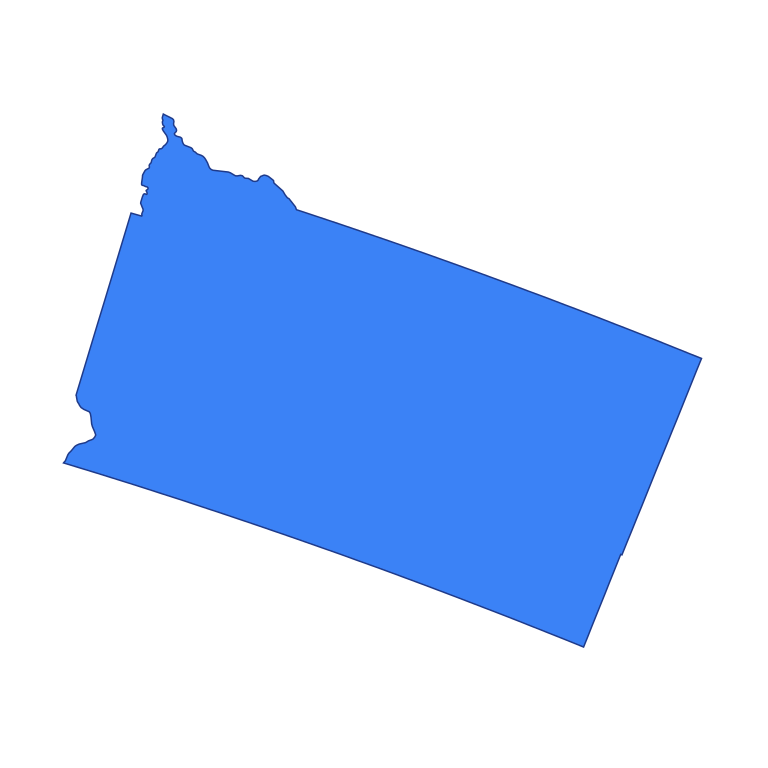 map outline of South Dakota (Albers equal-area conic projection), rotated 198°
{"feature_id": "USA-3534", "entity_name": "South Dakota", "entity_type": "State", "adm_level": 1, "iso_a3": "USA", "parent_name": "United States of America", "parent_adm1": "", "projection": "albers", "projection_center": [-98.157, 44.23], "detail": "fine", "context": "isolated", "style": "filled", "palette": "blue", "viewbox_px": 768, "rotation_deg": 198, "n_neighbors": 0, "source": "natural_earth", "source_scale": "10m", "svg_char_len": 4252}
<svg xmlns="http://www.w3.org/2000/svg" viewBox="0 0 768 768"><g transform="rotate(198 384 384)"><path d="M106.2,295.1L106.3,293.8L106.7,287.7L107.5,275.8L108.3,264.3L109.0,252.8L109.8,241.4L110.6,229.9L111.4,218.4L112.1,207.0L112.9,195.5L132.5,196.9L149.6,198.0L166.8,199.1L183.9,200.2L201.0,201.2L218.2,202.1L235.3,203.0L252.5,203.9L269.6,204.7L286.8,205.5L303.9,206.2L321.1,206.9L338.3,207.5L355.4,208.0L372.6,208.6L389.7,209.0L406.9,209.4L424.1,209.8L441.2,210.1L458.4,210.4L475.6,210.6L492.7,210.8L509.9,210.9L527.1,211.0L544.3,211.1L561.4,211.0L578.6,211.0L595.8,210.9L612.9,210.7L630.1,210.5L647.3,210.2L664.4,209.9L664.0,211.0L663.8,211.4L663.5,212.0L663.3,212.6L662.8,219.0L662.3,220.9L660.9,223.6L658.8,228.9L658.5,229.4L657.9,230.2L657.2,231.0L655.3,232.7L649.9,235.9L649.2,236.6L647.5,238.6L644.8,240.7L644.1,241.3L643.6,242.0L642.7,244.2L642.4,246.4L644.4,249.1L648.1,253.3L649.7,255.7L652.5,262.1L654.2,265.2L655.7,266.5L661.6,267.1L664.8,268.0L667.0,269.6L667.8,270.5L669.6,272.0L670.4,272.8L672.5,276.7L673.0,277.8L673.4,278.1L673.5,282.2L674.0,305.5L674.5,328.8L675.0,352.1L675.4,375.3L675.9,398.6L676.4,421.9L676.9,445.2L677.4,468.4L666.5,468.8L666.2,469.1L666.4,469.8L666.7,470.3L666.9,471.0L666.9,471.8L666.8,472.9L666.7,473.9L666.8,474.8L667.2,475.8L667.6,476.3L669.0,477.9L669.7,478.8L671.0,480.3L671.3,480.7L671.5,481.8L671.6,487.3L671.4,489.9L671.2,490.3L670.9,490.6L670.5,490.9L670.0,491.0L668.9,490.9L668.3,491.0L668.1,491.5L668.2,492.2L668.9,493.3L669.5,493.8L669.9,494.2L670.0,494.6L669.8,495.0L669.1,495.8L668.9,496.2L668.8,496.8L668.9,497.4L669.4,497.9L670.0,498.2L670.7,498.2L671.9,498.1L673.6,498.4L674.2,498.4L674.9,498.3L675.4,498.3L675.9,498.5L676.2,498.9L676.4,499.4L676.7,500.6L677.5,505.2L677.7,506.2L677.9,507.0L678.1,507.7L678.1,508.5L677.3,512.8L677.0,513.6L676.7,514.1L674.2,516.7L674.1,517.2L674.1,517.8L674.4,518.4L674.7,518.8L674.8,519.1L674.9,519.6L674.8,520.3L674.3,521.8L673.9,522.3L673.9,522.5L673.9,523.1L674.1,525.2L673.8,526.4L673.5,527.1L672.1,528.7L672.0,529.0L671.9,529.7L671.8,532.6L671.7,533.4L671.5,533.9L671.2,534.2L670.9,534.6L670.7,535.0L670.6,535.7L670.6,537.1L670.5,537.7L670.3,538.1L670.0,538.3L668.8,538.8L668.5,539.0L668.2,539.3L667.9,539.7L667.7,540.2L667.5,540.7L667.4,541.3L667.2,541.9L667.0,542.3L665.8,544.1L665.2,545.6L664.9,546.6L664.7,548.1L664.9,548.9L665.3,550.0L666.6,552.0L667.3,552.8L667.9,553.4L672.1,556.5L672.8,557.2L673.5,557.9L673.7,558.3L673.8,558.7L673.6,559.2L672.7,559.9L672.7,560.1L672.4,560.5L672.5,561.1L673.9,561.8L674.3,562.1L674.6,562.5L674.9,562.9L675.4,563.9L675.7,564.5L675.8,565.1L675.7,566.0L675.8,566.6L676.2,567.2L676.6,567.5L677.2,568.8L677.3,572.5L667.2,571.0L665.8,570.2L664.9,568.7L664.6,566.7L663.9,565.0L660.6,562.6L659.7,561.3L659.6,559.9L660.0,559.1L660.4,558.3L660.7,557.3L660.2,556.5L659.3,556.0L658.2,555.7L657.4,555.6L654.2,555.8L653.2,555.6L652.2,555.1L651.8,554.5L651.5,553.8L651.0,552.8L650.1,551.5L649.0,550.3L647.7,549.5L640.6,549.1L639.2,548.6L638.4,547.9L637.8,547.2L637.1,546.6L635.0,546.2L633.2,545.3L632.5,545.1L628.4,545.0L626.5,544.6L624.7,543.7L623.1,542.5L620.2,539.8L617.8,536.8L616.5,535.5L614.9,534.7L612.9,534.4L597.5,537.5L595.4,537.4L589.7,536.1L588.0,536.5L585.0,538.1L583.2,538.3L582.2,537.9L580.7,537.0L579.7,536.8L576.5,537.6L571.2,536.4L569.3,536.8L568.3,537.3L567.5,537.8L566.8,538.7L566.6,540.2L565.6,543.0L565.3,543.5L564.8,543.8L563.2,545.2L562.3,545.7L560.2,545.9L558.1,545.7L552.6,543.7L551.7,543.1L551.3,541.9L550.5,541.0L539.8,536.3L536.6,533.4L533.4,531.2L532.9,531.1L532.0,531.0L531.6,530.9L523.4,525.4L522.8,524.9L521.3,522.9L521.0,522.7L520.6,522.7L513.9,522.7L500.7,522.6L487.5,522.5L474.3,522.4L461.1,522.2L447.9,522.0L434.7,521.8L421.5,521.6L408.3,521.3L395.1,521.0L381.9,520.7L368.7,520.3L355.5,519.9L342.3,519.5L329.1,519.1L315.9,518.6L302.7,518.1L289.5,517.6L276.3,517.0L263.2,516.5L250.0,515.9L236.8,515.2L223.6,514.6L210.4,513.9L197.2,513.2L184.0,512.4L170.9,511.7L157.7,510.9L144.5,510.1L131.3,509.2L118.2,508.3L105.0,507.4L89.9,506.4L90.9,493.2L91.8,479.9L92.7,466.7L93.6,453.5L94.5,440.3L95.5,427.1L96.4,413.9L97.4,400.7L98.4,387.5L99.3,374.3L100.2,361.0L101.1,347.8L102.1,334.5L103.0,321.5L104.0,308.2L104.9,295.0L106.2,295.1Z" fill="#3b82f6" stroke="#1e3a8a" stroke-width="1.5"/></g></svg>